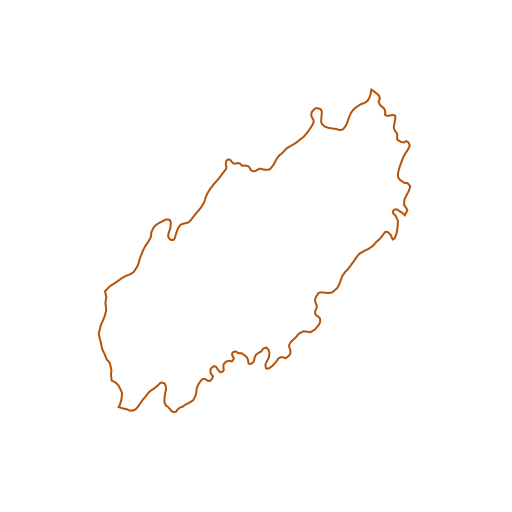 Maladzyechna, Minsk, Belarus (Equal Earth projection), rotated 305°
{"feature_id": "67162791B22380901430791", "entity_name": "Maladzyechna", "entity_type": "district", "adm_level": 2, "iso_a3": "BLR", "parent_name": "Belarus", "parent_adm1": "Minsk", "projection": "equal_earth", "projection_center": [26.93, 54.243], "detail": "fine", "context": "isolated", "style": "outline", "palette": "amber", "viewbox_px": 512, "rotation_deg": 305, "n_neighbors": 0, "source": "geoboundaries", "source_scale": "gbopen_adm2", "svg_char_len": 4989}
<svg xmlns="http://www.w3.org/2000/svg" viewBox="0 0 512 512"><g transform="rotate(305 256 256)"><path d="M53.5,230.2L54.8,234.5L56.4,238.1L56.8,240.8L58.4,243.3L60.2,244.8L63.5,245.7L68.3,245.7L73.4,245.7L77.9,246.2L80.3,246.2L83.7,246.5L87.8,248.0L90.0,248.8L93.5,249.8L96.9,250.4L98.3,251.3L99.1,254.1L98.1,256.3L95.3,258.8L91.2,260.4L87.2,262.6L83.7,264.7L81.9,267.8L81.9,269.9L81.2,273.4L80.6,275.5L80.6,277.7L82.6,279.8L84.9,279.8L87.9,280.5L91.0,282.6L93.6,283.3L96.6,285.1L101.9,287.3L103.9,287.1L107.4,286.4L109.8,285.4L111.9,284.2L114.3,283.1L118.0,282.4L121.0,282.4L124.4,282.7L125.9,284.5L126.1,286.1L126.1,288.0L127.1,289.9L130.1,290.4L132.8,289.8L133.6,287.4L134.0,286.1L136.8,283.7L138.7,283.7L141.9,284.9L142.3,286.8L141.7,288.6L140.9,290.5L140.3,293.5L142.3,295.0L144.3,295.0L145.7,293.4L148.4,291.7L149.8,291.7L152.0,291.9L154.1,293.4L155.1,294.8L155.5,296.2L156.1,296.8L157.9,296.8L159.5,296.6L160.6,294.4L161.4,292.9L163.4,292.2L164.8,292.8L166.3,294.4L166.2,297.3L168.1,299.9L168.1,303.7L167.7,306.8L166.8,308.4L165.6,309.8L163.6,311.7L164.4,313.6L167.4,314.7L169.7,314.2L172.7,312.9L175.4,312.7L178.8,313.9L181.0,315.1L184.1,315.0L186.9,316.9L186.3,320.3L184.1,322.7L180.6,324.7L176.2,325.3L172.5,325.9L169.7,328.6L170.9,330.8L175.1,332.4L181.4,333.2L185.3,333.2L187.5,334.5L188.5,336.3L189.3,339.0L193.6,340.3L196.3,339.9L198.3,338.4L199.7,336.6L201.3,334.5L204.8,333.8L207.0,334.2L213.1,335.4L215.4,335.4L217.8,336.0L221.7,338.2L223.1,340.9L224.7,344.2L229.4,346.4L235.5,347.0L238.7,346.4L241.4,344.5L242.0,342.5L242.0,339.1L243.0,337.3L244.8,336.0L246.8,335.8L248.9,335.2L250.3,334.2L251.2,332.7L252.4,330.9L253.7,329.6L255.7,328.9L257.5,328.6L259.3,328.6L261.3,328.4L262.9,329.4L264.8,332.1L266.1,334.7L268.0,337.5L269.9,339.3L276.2,340.9L279.4,340.7L282.6,340.0L285.5,339.1L288.9,338.2L294.0,338.2L298.2,338.9L300.4,338.9L305.8,339.1L308.6,339.1L314.0,339.1L316.9,339.3L322.9,342.1L326.1,344.0L331.5,346.0L335.3,346.3L341.7,347.7L347.1,347.9L350.2,348.1L351.2,350.4L350.9,352.5L350.2,355.1L349.0,356.5L348.0,358.6L349.9,359.5L355.3,358.1L359.1,356.3L362.9,354.2L366.1,352.3L369.3,346.7L369.6,344.0L370.9,342.6L373.1,342.6L375.0,344.4L375.0,347.9L375.3,351.4L374.6,354.5L377.5,354.2L380.4,353.7L382.0,350.4L382.9,347.7L387.7,345.1L392.8,344.4L397.5,343.7L401.7,342.3L402.6,338.2L401.0,335.6L401.0,332.1L401.0,329.6L402.3,327.0L405.4,324.7L411.8,322.4L417.2,321.0L420.7,320.1L424.8,319.6L429.2,319.4L433.0,319.2L435.2,318.0L436.5,315.7L436.2,313.1L434.0,312.2L432.7,309.9L432.4,306.9L432.4,304.8L434.6,303.2L436.5,302.0L437.7,300.0L438.4,297.7L440.1,295.3L444.2,293.2L448.4,291.3L450.8,289.5L449.9,286.9L447.4,284.7L445.8,282.5L445.6,280.6L448.1,279.4L449.6,277.8L450.4,275.5L450.7,272.3L450.8,270.9L452.7,267.9L456.0,267.2L458.0,264.6L458.3,261.8L458.5,258.6L458.5,255.1L456.3,256.0L454.0,257.2L450.5,258.1L447.0,258.4L444.3,257.4L442.7,256.6L441.5,255.4L437.9,253.7L435.5,252.8L433.2,252.1L430.3,251.7L427.1,251.8L423.3,252.6L420.2,253.4L417.9,254.2L416.2,254.6L413.7,254.8L411.5,254.8L409.6,254.5L407.9,253.3L406.7,251.3L406.2,249.1L404.6,246.1L403.2,243.4L402.3,241.1L401.6,238.7L401.4,237.8L401.9,234.7L402.4,233.5L403.4,232.3L406.7,230.2L409.8,228.6L412.2,226.9L413.3,224.9L412.7,222.4L411.7,220.6L410.5,219.7L406.0,219.1L404.2,219.8L402.5,221.0L401.6,222.6L400.7,224.2L400.3,225.3L398.3,226.6L396.5,226.9L393.5,227.2L388.4,227.2L385.8,227.1L382.5,226.9L379.8,226.4L377.1,225.4L374.7,224.7L371.5,223.8L369.1,222.7L366.5,221.6L363.9,220.3L361.6,219.3L358.7,218.9L356.3,218.6L354.2,218.1L352.5,217.5L349.7,217.2L347.2,217.2L344.2,217.6L341.7,218.0L338.4,217.9L336.0,217.8L334.3,217.1L333.0,215.7L331.9,213.9L331.0,212.4L330.3,209.8L329.0,208.6L326.8,207.5L324.7,206.3L323.8,205.1L323.4,204.0L323.4,202.8L323.7,201.8L325.0,199.4L325.0,198.1L323.8,195.0L321.9,192.9L322.5,189.6L321.5,187.4L320.6,187.0L318.9,184.8L319.0,183.3L319.9,180.1L319.8,178.8L318.6,177.5L317.0,177.2L315.2,177.8L312.8,179.5L311.9,180.7L310.2,181.6L306.9,181.4L303.7,181.2L300.8,181.2L296.0,180.9L292.5,180.4L290.1,180.2L285.7,180.0L281.5,180.1L278.1,180.5L274.1,181.5L271.1,182.5L268.7,182.9L265.3,183.1L261.8,183.0L257.5,182.5L254.1,182.3L250.0,182.1L246.6,181.9L244.3,181.1L240.1,177.4L238.2,176.2L234.0,176.3L230.9,177.0L227.2,178.1L224.6,179.1L222.2,179.4L220.4,177.5L220.5,175.2L221.2,173.4L223.0,171.9L225.0,171.2L228.5,170.2L231.4,169.0L234.9,166.7L236.0,165.1L235.6,163.1L234.0,161.2L229.2,158.6L226.9,157.4L223.3,156.1L220.6,155.8L215.6,156.6L213.0,158.0L211.0,159.1L207.5,159.4L205.9,159.6L200.9,159.6L195.2,160.3L192.3,161.2L190.4,161.5L186.3,162.6L182.5,164.0L180.3,164.7L175.9,164.9L172.4,164.9L168.6,163.3L165.4,161.0L160.7,158.7L153.4,156.2L147.7,153.7L140.4,152.5L140.2,152.8L136.6,156.9L131.3,159.5L125.6,164.5L119.1,166.8L110.2,168.6L102.0,171.8L97.6,176.8L91.4,183.6L88.6,188.6L85.7,193.0L84.5,197.7L79.6,203.0L75.5,205.4L71.1,209.2L71.9,213.0L71.0,217.7L68.6,222.2L67.0,224.8L61.3,228.1L56.0,229.8L53.5,230.2Z" fill="none" stroke="#b45309" stroke-width="2"/></g></svg>